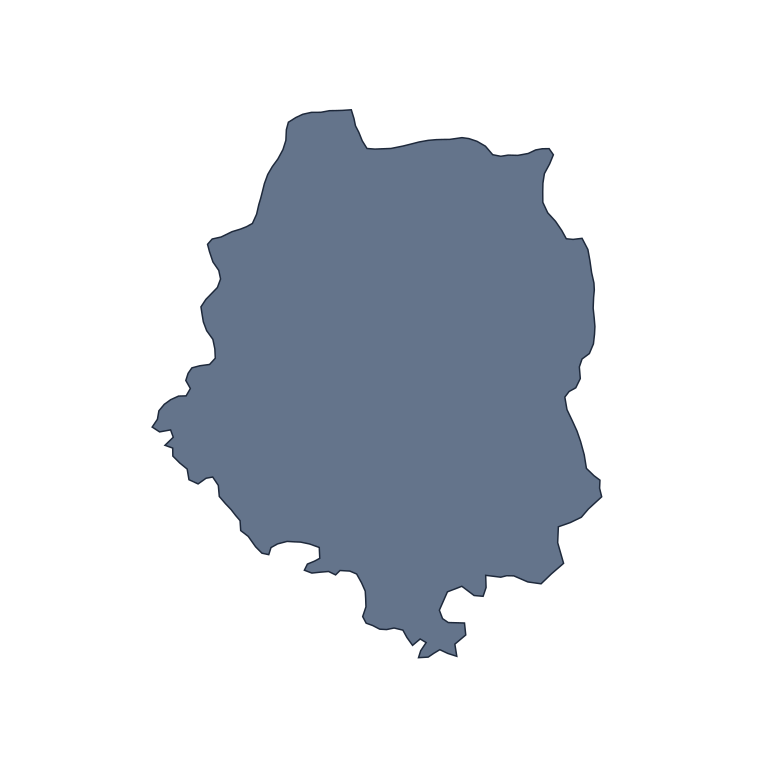 Cascalho Rico, Minas Gerais, Brazil, rotated 163°
{"feature_id": "56859067B3095618205564", "entity_name": "Cascalho Rico", "entity_type": "district", "adm_level": 2, "iso_a3": "BRA", "parent_name": "Brazil", "parent_adm1": "Minas Gerais", "projection": "robinson", "projection_center": [-47.868, -18.565], "detail": "fine", "context": "isolated", "style": "filled", "palette": "slate", "viewbox_px": 768, "rotation_deg": 163, "n_neighbors": 0, "source": "geoboundaries", "source_scale": "gbopen_adm2", "svg_char_len": 2667}
<svg xmlns="http://www.w3.org/2000/svg" viewBox="0 0 768 768"><g transform="rotate(163 384 384)"><path d="M335.1,655.8L343.7,657.8L349.6,659.4L356.2,661.3L365.0,662.3L374.0,665.0L382.8,665.7L390.4,664.6L398.9,662.3L403.0,655.8L406.6,645.7L412.1,637.7L419.7,630.2L427.2,624.6L433.9,618.4L439.8,610.6L444.0,603.6L447.6,597.7L451.2,592.3L456.2,583.6L462.9,576.0L469.7,574.6L476.0,574.1L484.8,574.1L496.8,572.2L505.9,572.9L511.9,569.2L512.2,561.6L511.9,550.7L508.8,540.9L509.6,532.2L515.1,525.0L522.7,520.8L529.6,517.0L536.5,511.3L537.6,503.7L538.6,496.2L538.0,486.8L534.6,476.7L535.5,467.0L537.8,458.0L545.1,453.7L554.8,455.3L563.0,455.6L568.2,451.5L572.5,445.3L570.5,436.3L576.7,430.5L584.0,432.5L592.5,431.4L600.1,428.8L607.1,424.2L611.0,416.5L618.3,410.6L612.6,403.8L601.5,402.5L601.1,394.7L611.4,389.4L604.8,384.5L607.0,376.8L602.4,368.1L597.1,360.2L598.5,349.5L591.0,342.8L581.7,345.9L575.0,345.1L572.1,335.5L574.4,324.6L570.6,315.9L567.0,308.7L564.3,301.6L561.6,295.4L563.9,285.7L558.4,278.0L554.4,265.9L550.2,257.9L544.1,254.5L539.9,260.6L532.6,262.2L522.7,261.8L516.5,259.5L510.0,257.2L502.0,252.8L493.7,246.6L496.4,236.1L502.4,234.9L509.9,234.2L514.6,229.2L508.3,224.3L500.1,222.7L491.8,220.9L486.1,215.6L480.6,218.5L471.4,215.1L465.7,210.3L463.6,200.4L462.5,191.4L464.2,184.4L466.4,176.2L472.4,167.8L471.0,160.5L465.5,156.4L459.8,150.8L453.3,148.4L445.7,147.7L437.9,143.1L436.2,134.9L433.1,125.7L424.0,129.6L419.3,124.4L426.9,118.2L431.0,112.2L421.6,109.9L415.1,111.9L408.3,113.6L401.8,107.7L394.0,102.3L392.3,114.5L379.2,120.1L376.9,131.9L392.3,137.1L396.6,142.5L397.2,151.5L384.1,166.7L368.7,167.8L359.7,155.4L351.3,152.0L345.9,159.5L342.7,171.3L328.8,165.1L322.8,164.8L316.0,162.6L304.4,152.7L292.2,147.0L279.4,153.5L264.7,160.0L264.3,181.5L259.0,196.5L246.4,197.0L234.2,198.9L225.1,204.7L208.8,212.5L208.3,221.3L205.6,228.9L210.0,234.9L215.1,244.1L213.2,257.9L212.8,271.5L213.2,282.6L214.6,293.2L216.5,306.0L214.9,318.6L209.2,322.7L201.7,324.3L194.7,331.8L192.2,343.2L187.3,350.0L178.7,353.1L172.0,361.1L168.1,370.1L165.5,377.3L163.8,385.1L161.8,395.4L158.2,405.6L155.4,412.4L153.7,419.2L152.9,429.8L151.0,441.9L149.7,453.0L152.0,465.4L160.9,467.0L167.2,469.6L169.1,478.8L172.4,489.4L177.4,499.9L179.0,511.3L176.0,521.4L173.3,529.6L169.1,538.3L161.2,546.1L155.0,553.7L157.3,560.8L163.9,562.7L170.5,563.5L178.7,562.3L189.1,563.5L198.4,566.6L205.7,567.6L213.0,571.5L217.5,581.8L224.1,588.9L231.1,593.9L237.4,596.8L249.6,598.7L256.4,600.7L262.6,602.4L270.6,604.1L279.8,605.2L286.6,605.5L296.2,606.0L308.4,607.2L324.0,611.3L331.4,614.2L333.7,622.9L334.5,632.1L335.8,639.3L335.1,646.6L335.1,655.8Z" fill="#64748b" stroke="#1e293b" stroke-width="1.5"/></g></svg>